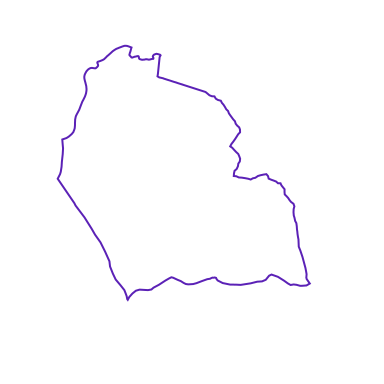 Cho-Airong, Narathiwat, Thailand, rotated 287°
{"feature_id": "78962969B3053888418312", "entity_name": "Cho-Airong", "entity_type": "district", "adm_level": 2, "iso_a3": "THA", "parent_name": "Thailand", "parent_adm1": "Narathiwat", "projection": "orthographic", "projection_center": [101.876, 6.214], "detail": "fine", "context": "isolated", "style": "outline", "palette": "violet", "viewbox_px": 384, "rotation_deg": 287, "n_neighbors": 0, "source": "geoboundaries", "source_scale": "gbopen_adm2", "svg_char_len": 4957}
<svg xmlns="http://www.w3.org/2000/svg" viewBox="0 0 384 384"><g transform="rotate(287 192 192)"><path d="M138.9,331.4L142.3,327.1L143.7,326.3L143.9,326.3L146.9,325.6L149.1,324.5L152.5,322.7L153.8,321.9L162.1,316.7L167.7,312.7L170.9,310.1L177.7,307.7L180.0,306.5L182.7,305.2L184.9,304.3L187.0,303.3L189.9,302.2L192.7,300.9L194.5,299.1L197.4,297.5L199.3,296.2L202.3,295.0L205.4,294.2L208.2,294.1L210.4,292.5L211.5,289.5L212.8,287.6L214.4,285.7L215.7,283.5L216.8,281.4L219.0,280.5L221.7,279.7L223.1,277.6L224.4,275.7L225.8,274.4L226.2,274.1L225.5,271.7L226.6,269.4L226.8,266.8L226.9,264.3L227.2,261.4L229.4,260.1L230.8,257.9L229.5,255.2L228.1,252.7L226.6,250.4L224.1,248.4L222.9,246.2L221.1,244.5L221.1,241.9L220.8,239.1L220.3,235.5L219.6,232.5L220.0,229.8L219.5,227.3L222.2,226.7L224.7,226.5L227.1,228.0L230.1,228.4L232.7,228.0L235.2,228.8L237.9,228.3L239.9,226.8L241.9,225.1L243.1,222.6L244.7,219.8L246.1,217.5L246.8,215.2L249.5,215.7L252.1,216.7L255.1,217.7L257.9,218.5L260.8,219.3L263.1,220.5L263.8,220.3L265.8,219.6L267.6,218.2L268.7,215.8L270.1,213.8L272.2,212.4L273.5,210.2L275.0,208.2L276.5,206.2L278.0,204.3L280.0,202.8L281.1,200.6L283.0,198.6L284.7,196.6L286.0,194.5L287.7,192.9L287.6,189.8L288.2,187.5L290.0,185.5L289.4,183.1L289.6,180.4L290.6,178.1L291.6,175.7L292.2,131.8L292.3,131.5L292.2,129.5L292.0,127.1L292.5,125.2L294.8,124.9L311.6,121.6L313.5,122.0L313.6,121.9L313.8,121.6L313.9,121.4L313.9,121.2L313.9,120.8L313.9,120.1L313.9,118.9L313.8,118.1L313.8,117.8L313.8,117.7L313.7,117.5L313.5,117.2L313.3,116.9L312.7,116.1L312.4,115.7L312.2,115.5L312.0,115.4L311.8,115.3L311.5,115.2L311.3,115.1L311.2,115.0L310.8,114.9L310.5,114.9L310.4,114.9L310.2,114.9L310.1,115.0L309.9,115.1L309.6,115.3L309.3,115.5L308.8,116.0L308.7,116.0L308.4,116.0L308.2,116.0L308.2,115.9L308.0,115.7L307.7,115.2L307.5,114.8L307.4,114.7L307.3,114.4L306.9,113.8L306.4,113.0L306.1,112.4L305.9,112.0L305.9,111.8L305.9,111.7L305.8,110.7L305.8,110.4L305.7,110.1L305.7,109.9L305.6,109.6L305.6,109.4L305.5,109.1L305.2,108.6L304.7,107.8L304.7,107.7L304.5,107.2L304.3,106.8L304.1,106.2L303.9,105.8L303.9,105.6L303.8,105.2L303.8,104.6L303.8,103.8L303.8,103.2L303.9,102.8L304.0,102.7L304.2,102.4L304.5,102.2L305.8,101.5L306.0,101.4L306.1,101.2L306.2,100.8L306.1,100.6L306.1,100.4L306.0,100.1L305.7,99.6L304.9,98.3L304.5,97.4L304.3,97.2L304.2,97.1L303.7,96.4L303.4,96.0L303.2,95.7L303.0,95.4L303.0,95.2L303.0,94.8L303.1,94.7L303.3,94.3L303.7,93.7L303.9,93.3L304.3,92.6L304.4,92.4L304.5,92.3L304.6,92.2L304.8,92.1L305.0,92.0L305.4,92.0L307.2,91.9L307.8,92.0L308.9,92.0L310.9,91.9L312.5,91.9L312.7,88.8L312.7,87.5L312.7,87.1L312.6,86.7L312.5,86.1L312.1,84.8L311.8,84.3L311.3,83.6L310.9,83.0L309.8,81.6L308.5,79.9L307.8,79.1L306.8,77.8L305.1,76.3L303.9,75.4L303.6,75.1L301.2,73.7L300.7,73.4L299.2,72.5L297.9,71.7L297.5,71.4L296.7,70.9L296.2,70.7L295.4,70.3L294.2,69.6L293.6,69.3L293.4,69.2L293.0,68.8L292.1,68.0L291.0,66.6L290.8,66.4L290.5,66.0L289.7,64.9L289.1,64.0L288.9,63.8L288.7,63.7L288.4,63.6L288.2,63.7L287.8,63.7L287.7,63.8L287.3,64.1L286.6,64.7L286.1,65.0L285.9,65.1L285.6,65.2L285.3,65.2L285.0,65.2L284.8,65.2L284.6,65.1L284.3,64.9L283.9,64.8L283.7,64.7L283.1,64.3L283.0,64.2L282.4,63.9L282.2,63.7L282.0,63.4L281.9,63.0L281.8,62.5L281.6,61.2L281.5,60.5L281.5,60.4L281.4,60.1L281.1,59.2L280.9,58.9L280.8,58.7L280.2,58.0L280.1,57.9L279.4,57.3L279.2,57.1L278.7,56.8L278.3,56.6L278.2,56.5L277.0,56.0L276.7,55.8L276.3,55.7L274.8,55.4L274.3,55.3L273.6,55.2L272.9,55.1L271.6,55.2L271.4,55.2L270.8,55.3L270.4,55.4L269.6,55.7L269.3,55.8L269.1,55.9L268.7,56.1L267.1,57.0L265.4,58.1L263.2,59.4L262.4,59.9L261.4,60.3L260.4,60.7L260.0,60.9L258.7,61.3L258.1,61.4L257.8,61.5L257.6,61.5L257.0,61.6L256.1,61.7L255.7,61.8L254.9,61.8L253.9,61.8L251.9,61.7L250.7,61.5L248.2,61.1L246.4,60.7L242.4,60.4L237.7,60.1L234.1,59.4L232.7,59.1L232.0,59.0L230.8,58.8L230.7,58.8L229.8,58.8L227.9,59.0L227.5,59.0L227.0,59.1L224.7,59.7L224.2,59.8L222.2,60.4L221.1,60.7L219.1,61.1L218.6,61.2L218.0,61.2L217.2,61.2L214.6,61.0L212.2,60.0L209.0,58.0L206.9,56.2L204.3,52.6L199.5,54.5L196.8,55.6L196.1,55.9L190.4,57.3L183.0,58.7L177.9,59.9L172.9,60.6L170.5,60.6L165.4,59.7L146.9,82.8L145.0,84.6L136.3,96.6L127.4,106.9L122.9,111.7L117.1,119.2L109.5,126.4L101.6,133.3L96.8,135.4L90.8,140.2L86.0,144.6L82.0,150.8L78.4,156.0L76.0,157.9L73.4,159.9L70.6,161.4L70.1,162.1L73.2,162.7L77.5,164.7L81.2,167.2L83.3,170.4L85.3,178.6L86.9,181.7L89.3,183.2L93.6,187.5L99.6,192.5L102.8,195.5L104.4,197.2L104.5,199.0L103.8,204.0L103.5,207.4L102.6,210.6L102.2,213.0L102.6,215.5L104.3,220.0L106.1,222.9L109.6,227.4L113.1,232.1L114.3,234.6L115.3,235.6L116.1,236.6L116.4,237.9L116.9,238.7L116.9,240.1L116.3,240.6L115.9,241.0L114.9,242.4L113.9,248.0L114.6,255.5L116.2,261.0L117.4,265.7L121.8,274.8L125.3,280.6L127.0,285.1L129.6,288.2L134.5,290.2L136.3,292.2L136.0,299.0L134.1,306.0L132.6,310.4L131.9,313.5L133.3,316.2L133.8,319.1L133.9,322.7L134.5,324.7L136.1,328.8L138.9,331.4Z" fill="none" stroke="#5b21b6" stroke-width="2"/></g></svg>